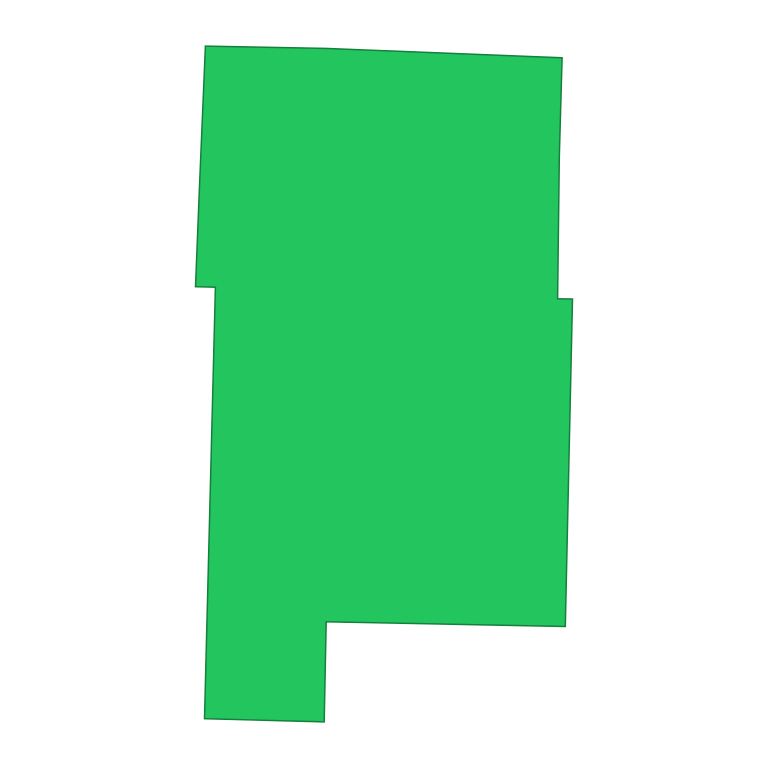 Dallas, Missouri, United States of America (orthographic projection)
{"feature_id": "52423323B61703170015618", "entity_name": "Dallas", "entity_type": "district", "adm_level": 2, "iso_a3": "USA", "parent_name": "United States of America", "parent_adm1": "Missouri", "projection": "orthographic", "projection_center": [-93.034, 37.66], "detail": "fine", "context": "isolated", "style": "filled", "palette": "green", "viewbox_px": 768, "rotation_deg": 0, "n_neighbors": 0, "source": "geoboundaries", "source_scale": "gbopen_adm2", "svg_char_len": 297}
<svg xmlns="http://www.w3.org/2000/svg" viewBox="0 0 768 768"><path d="M324.2,721.9L326.2,621.8L565.3,626.5L572.5,299.0L557.6,298.8L559.3,157.6L562.1,57.8L325.5,48.4L205.4,46.1L199.5,186.3L195.5,286.7L215.4,287.2L204.5,718.7L324.2,721.9Z" fill="#22c55e" stroke="#15803d" stroke-width="1.5"/></svg>